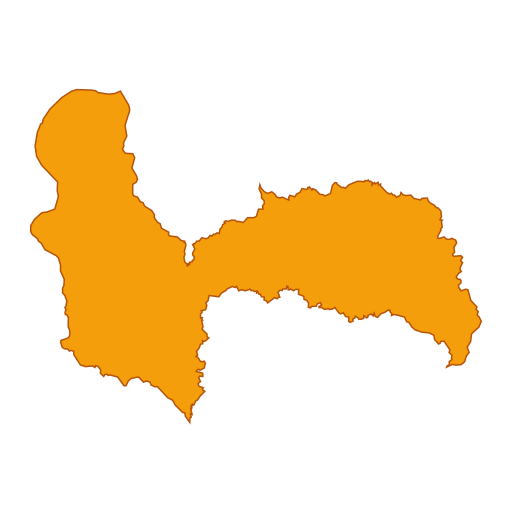 the district of Rusizi, Western, Rwanda
{"feature_id": "39286606B89224673348511", "entity_name": "Rusizi", "entity_type": "district", "adm_level": 2, "iso_a3": "RWA", "parent_name": "Rwanda", "parent_adm1": "Western", "projection": "orthographic", "projection_center": [29.077, -2.558], "detail": "fine", "context": "isolated", "style": "filled", "palette": "amber", "viewbox_px": 512, "rotation_deg": 0, "n_neighbors": 0, "source": "geoboundaries", "source_scale": "gbopen_adm2", "svg_char_len": 6058}
<svg xmlns="http://www.w3.org/2000/svg" viewBox="0 0 512 512"><path d="M461.3,271.6L460.0,269.3L460.2,267.5L462.6,262.6L460.6,260.8L462.6,257.3L460.9,255.7L454.0,256.3L452.8,255.4L452.7,254.1L454.6,252.2L453.9,247.4L456.6,243.0L455.7,240.1L451.6,238.3L449.7,239.4L446.6,239.2L444.0,236.9L439.4,238.5L437.8,238.0L437.9,235.7L441.0,230.3L440.6,228.9L442.2,227.3L441.4,221.1L442.3,220.2L440.0,219.7L441.5,216.8L440.9,211.1L438.0,207.9L436.3,207.6L434.3,205.2L430.4,203.1L428.4,201.1L427.2,198.0L421.8,198.4L420.6,200.0L413.8,198.4L410.8,195.1L405.7,195.5L403.0,194.8L401.0,192.5L400.1,195.4L396.5,197.2L394.4,195.0L392.9,195.2L391.5,193.2L389.7,193.9L386.9,192.6L380.4,185.7L380.6,184.1L378.6,184.9L378.1,182.3L375.5,183.9L374.5,182.5L372.0,184.9L372.3,182.5L370.3,181.2L369.4,181.7L368.2,180.0L366.8,180.9L365.0,180.4L364.4,181.7L358.0,181.2L353.4,182.8L348.8,184.9L345.1,188.4L343.6,187.3L341.8,187.6L337.3,184.4L336.7,182.8L334.9,182.6L332.4,185.4L330.5,193.5L324.7,196.0L323.3,194.7L319.8,194.3L315.8,190.0L312.8,188.7L311.9,190.0L309.3,186.9L308.1,187.8L307.7,187.0L307.7,188.8L306.8,189.4L302.0,188.6L300.0,192.3L296.5,194.1L294.8,196.8L290.0,195.3L288.7,197.3L288.9,200.1L282.2,197.1L279.9,198.0L276.6,197.0L275.3,194.7L271.8,191.8L267.3,193.4L264.0,191.4L261.0,188.0L259.9,184.8L259.1,188.9L261.5,194.2L261.5,198.0L264.1,200.6L264.2,203.9L262.6,205.6L263.0,209.1L258.5,209.2L256.4,216.3L253.8,217.7L247.6,217.6L243.4,222.5L238.5,221.3L236.9,221.8L235.4,220.3L231.7,220.1L228.0,221.4L225.6,220.8L224.1,222.0L225.2,223.1L222.7,224.6L222.0,227.1L220.0,229.1L219.3,233.5L217.2,232.8L215.2,234.2L213.5,234.2L212.1,236.0L210.2,235.4L208.0,238.0L205.9,238.7L201.7,237.8L199.2,241.1L196.8,241.1L195.3,243.3L193.8,243.6L193.8,244.6L192.7,244.6L194.8,249.0L192.7,253.0L192.7,254.9L194.4,257.1L193.8,259.9L192.3,260.5L192.1,262.0L189.4,262.3L189.6,264.1L188.3,263.8L188.5,265.2L187.2,265.8L187.0,264.1L184.8,262.0L183.9,257.2L185.0,254.2L184.3,251.7L185.8,245.5L185.5,242.8L184.1,242.2L184.6,241.2L181.3,240.6L177.4,237.0L169.3,235.8L168.4,234.3L168.8,232.2L161.4,228.2L160.2,223.8L157.8,222.5L155.1,219.0L154.2,216.8L154.5,214.9L151.7,210.5L144.6,206.2L143.0,202.6L140.4,201.8L137.5,197.1L133.7,195.9L132.7,193.9L132.7,184.4L136.2,182.2L137.5,179.2L136.5,175.8L131.9,168.0L134.7,157.7L132.8,153.7L125.3,153.3L122.5,149.4L123.8,146.1L123.5,142.8L126.8,136.1L125.0,125.4L129.6,110.8L129.5,108.5L128.6,105.0L120.4,91.1L114.9,93.5L108.8,94.2L98.0,92.6L95.7,90.8L91.8,90.1L76.5,89.6L71.3,91.4L62.0,97.4L50.0,109.0L43.2,119.2L42.5,123.0L40.7,124.0L37.3,132.5L35.1,146.0L36.6,156.3L41.8,165.4L57.6,182.0L57.2,190.8L58.4,196.3L54.8,209.1L47.0,212.0L41.9,212.7L34.6,219.2L30.8,225.5L30.7,231.3L32.2,234.5L37.6,238.8L38.5,241.2L41.1,243.0L44.9,249.6L56.1,255.6L58.4,257.9L60.5,264.9L60.5,271.0L64.3,279.4L63.9,285.4L62.6,288.3L62.6,293.0L64.8,295.4L66.8,300.8L66.1,305.8L64.9,307.6L65.9,309.2L65.0,313.0L65.4,314.5L66.9,314.8L68.3,317.5L68.2,326.8L69.6,330.1L69.9,333.9L69.3,336.5L67.9,338.0L61.0,340.4L60.7,342.5L62.3,347.3L64.3,348.7L67.8,349.1L69.4,351.1L71.1,350.4L73.7,351.3L73.9,354.8L80.4,364.9L85.4,366.6L92.6,366.0L94.9,367.5L95.6,365.6L98.0,366.4L100.7,369.9L100.4,373.2L103.7,376.4L104.8,374.6L106.8,374.2L108.2,375.4L109.6,374.9L117.7,377.0L124.0,385.7L126.0,385.7L128.3,381.0L131.2,378.5L136.4,377.3L138.7,377.1L143.5,382.2L146.1,381.0L149.9,382.0L151.2,385.1L154.9,386.8L157.4,386.6L167.7,397.7L172.7,400.3L175.2,405.0L182.5,412.4L184.8,412.9L185.4,416.3L189.8,422.4L189.9,417.8L191.2,417.2L190.5,413.9L192.1,414.5L190.7,408.7L191.6,408.8L191.9,407.3L190.8,406.7L191.9,405.7L191.5,404.9L192.4,404.2L192.9,405.3L194.0,404.8L195.7,400.8L197.6,400.0L200.0,396.1L204.8,391.3L203.0,390.3L202.4,388.9L203.3,387.7L199.4,386.5L198.2,384.5L198.2,383.3L200.5,381.6L198.7,377.6L199.7,376.1L202.8,376.5L202.7,373.2L196.2,371.4L197.5,369.5L199.3,369.5L199.9,370.3L204.2,368.1L205.4,363.0L204.1,361.1L202.3,361.8L200.3,361.2L198.2,357.8L196.3,356.3L195.4,356.9L197.6,355.2L196.5,351.4L199.3,347.8L200.4,344.3L202.7,343.7L202.5,340.7L203.7,341.5L205.8,340.7L208.8,337.9L207.0,336.8L207.0,334.0L202.1,329.2L203.0,326.8L201.7,320.6L202.6,320.2L201.7,318.9L202.3,317.7L200.5,318.0L200.5,314.3L202.2,312.0L201.4,310.7L205.6,309.7L206.8,305.5L205.8,302.8L208.0,300.8L209.2,295.5L218.8,296.8L221.5,293.0L226.0,290.5L226.6,289.2L232.3,286.5L235.1,287.5L236.6,286.4L238.8,290.8L241.7,289.7L245.1,290.8L250.1,289.2L251.3,290.7L252.9,290.5L254.6,291.6L257.1,291.0L256.7,293.0L258.0,292.4L258.8,294.1L260.3,294.3L261.4,296.7L264.3,297.1L264.0,299.9L266.3,300.8L267.7,302.9L274.4,297.7L277.3,298.7L278.5,297.3L279.8,297.2L278.0,292.2L280.0,290.2L282.2,290.5L282.9,289.0L286.2,289.0L287.0,286.1L288.0,286.4L288.2,289.8L289.7,289.8L290.3,288.9L293.4,290.7L295.6,289.4L298.8,289.5L298.4,294.2L303.8,296.3L304.0,299.3L306.5,300.2L308.5,302.8L308.4,307.3L310.6,307.9L311.5,306.5L316.3,306.2L317.2,304.0L320.3,302.6L321.6,305.1L318.9,306.6L319.3,307.7L321.4,307.4L324.7,309.4L328.4,308.7L329.4,309.5L332.8,308.9L334.8,307.5L339.0,313.0L340.5,313.9L343.4,312.8L345.6,316.5L348.7,317.1L348.7,321.4L350.0,322.3L353.0,321.2L352.9,319.0L354.8,318.1L355.3,316.3L357.7,317.5L358.9,319.3L361.3,319.2L363.7,318.3L363.8,315.6L366.8,317.9L368.0,316.9L367.9,315.4L371.3,314.0L373.1,315.9L374.1,313.2L375.2,316.4L377.5,317.4L380.8,313.8L385.3,312.1L387.8,310.2L390.0,310.3L389.9,311.7L391.7,313.4L391.5,315.5L393.4,314.6L396.8,314.9L404.6,317.2L406.7,321.8L408.9,322.3L411.9,327.0L415.1,329.9L422.0,332.2L429.2,332.9L434.0,335.3L434.5,339.4L438.5,344.0L440.0,343.4L440.8,341.4L444.1,341.2L449.9,349.9L449.1,352.5L452.0,355.3L451.4,358.0L452.0,359.5L449.2,361.6L449.3,364.9L447.3,365.7L446.7,367.1L452.2,364.4L455.9,365.1L461.1,364.6L464.5,361.9L466.4,356.0L469.1,352.4L467.2,347.2L470.6,341.5L471.6,333.8L478.8,327.2L481.3,321.4L479.2,317.0L477.2,315.0L478.2,311.5L476.1,309.4L476.9,306.9L470.9,300.6L467.9,289.8L465.7,289.2L461.1,290.8L458.7,287.4L458.6,284.9L460.9,283.0L460.9,280.4L460.2,279.4L457.6,279.1L456.2,276.8L459.0,272.9L461.3,271.6Z" fill="#f59e0b" stroke="#b45309" stroke-width="1.5"/></svg>